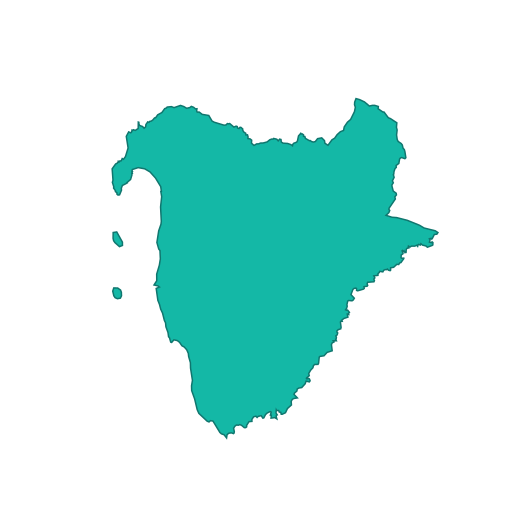 Kinondoni, Dar-Es-Salaam, United Republic of Tanzania (orthographic projection), rotated 199°
{"feature_id": "72390352B66429416458525", "entity_name": "Kinondoni", "entity_type": "district", "adm_level": 2, "iso_a3": "TZA", "parent_name": "United Republic of Tanzania", "parent_adm1": "Dar-Es-Salaam", "projection": "orthographic", "projection_center": [39.159, -6.719], "detail": "fine", "context": "isolated", "style": "filled", "palette": "teal", "viewbox_px": 512, "rotation_deg": 199, "n_neighbors": 0, "source": "geoboundaries", "source_scale": "gbopen_adm2", "svg_char_len": 6127}
<svg xmlns="http://www.w3.org/2000/svg" viewBox="0 0 512 512"><g transform="rotate(199 256 256)"><path d="M410.9,344.3L408.9,338.2L411.1,335.4L412.9,335.5L413.4,334.7L414.2,334.8L414.0,332.8L414.5,331.7L416.8,331.9L417.6,326.9L412.1,316.5L411.8,307.5L412.8,304.3L414.2,304.6L414.4,302.2L416.7,300.9L415.9,300.6L416.1,300.1L417.2,299.6L417.5,298.5L418.7,297.3L420.4,291.6L415.9,281.1L415.8,278.9L412.9,275.0L412.8,273.9L410.1,271.9L409.9,271.1L408.2,270.6L407.5,269.1L406.3,268.7L404.9,269.4L404.6,274.4L405.4,276.3L405.3,279.2L402.3,282.3L402.1,283.1L401.5,283.3L401.7,283.8L399.5,287.5L399.7,292.3L400.3,293.3L399.8,293.8L400.3,294.2L400.3,295.5L400.8,295.4L401.1,297.5L396.2,301.2L389.6,302.2L383.6,301.0L376.4,297.0L368.7,290.6L366.5,286.3L367.0,286.0L364.5,281.4L362.2,271.3L356.8,257.9L356.2,255.1L356.2,248.1L354.1,236.5L350.2,230.9L348.6,229.9L345.5,222.1L344.4,215.8L344.0,206.5L341.8,200.3L343.0,195.4L339.0,195.8L337.2,195.2L339.8,192.8L334.4,182.2L331.5,178.8L328.8,174.7L325.8,171.6L321.7,165.3L319.8,163.4L318.1,159.7L314.3,155.0L312.4,151.2L311.1,150.4L308.6,146.8L307.6,146.8L306.3,150.0L302.8,150.4L300.2,149.5L296.8,147.0L294.3,146.6L291.0,144.8L288.3,141.9L287.0,139.1L283.3,133.8L281.4,128.7L275.6,117.7L274.7,112.3L273.0,107.8L267.5,100.9L261.6,91.6L258.8,88.6L248.4,83.9L246.4,83.8L245.4,85.5L242.9,85.9L232.7,77.4L230.8,76.6L228.0,76.6L224.6,74.4L225.2,77.7L224.0,79.6L221.6,80.8L219.5,80.7L219.1,81.4L219.3,82.8L221.1,85.9L220.6,88.1L219.5,89.8L217.5,90.3L216.4,91.3L214.5,91.2L211.2,89.9L209.9,90.3L209.2,91.4L209.7,92.8L208.7,97.1L206.0,98.3L206.7,100.1L205.9,103.2L203.9,104.5L202.4,103.7L201.7,105.1L199.1,106.7L196.7,104.9L195.9,105.5L195.4,109.1L194.3,111.2L192.0,113.5L190.8,113.3L190.6,110.2L189.7,110.4L189.0,107.6L185.6,109.3L183.3,108.8L184.6,110.7L184.9,112.0L184.2,112.7L186.0,114.1L186.7,117.0L186.3,116.6L184.2,117.3L183.2,116.0L181.7,116.3L180.7,114.6L179.7,114.9L177.1,117.4L176.6,122.0L174.0,126.7L175.4,130.0L175.0,132.3L173.8,133.6L170.7,135.3L175.0,137.5L175.0,138.9L173.4,141.6L173.7,143.7L172.5,145.1L169.9,146.5L167.9,151.2L167.9,154.0L164.6,154.3L164.3,155.1L164.3,155.8L165.5,157.2L166.7,157.3L167.8,156.4L168.4,156.5L168.5,157.2L166.7,160.2L167.9,162.0L167.2,165.7L165.8,168.9L166.0,170.9L165.3,172.5L162.1,173.7L161.9,175.0L163.3,181.0L162.8,181.9L159.2,183.8L157.4,188.0L153.1,191.2L155.8,196.7L155.7,198.6L154.3,200.1L155.4,201.0L152.4,202.0L153.6,203.2L153.2,203.5L153.5,205.3L154.5,206.4L153.6,207.8L153.7,209.9L154.7,210.4L155.1,211.4L154.3,213.1L151.7,215.1L152.2,214.8L152.3,216.2L154.7,221.1L154.6,221.8L153.2,222.3L154.0,223.2L152.6,225.5L149.2,228.1L150.7,230.7L149.3,230.9L149.9,231.7L149.3,233.1L151.8,234.7L152.6,234.2L153.8,234.3L153.3,236.0L153.4,238.2L154.2,239.6L154.6,243.2L153.9,244.1L150.6,244.9L149.7,246.1L149.3,248.1L153.6,250.4L153.5,255.9L152.7,257.3L151.0,258.2L150.2,257.7L149.7,256.2L148.5,256.2L143.7,259.6L143.1,260.5L143.9,262.2L141.1,263.6L140.8,264.5L141.9,265.9L141.9,267.5L136.1,270.0L136.0,271.3L137.1,272.5L136.5,274.0L138.1,275.6L134.4,277.4L134.9,279.1L134.1,280.5L134.1,281.7L130.9,282.3L130.6,284.0L129.6,285.1L127.9,285.7L127.6,286.4L126.0,285.7L124.4,285.8L124.1,286.4L124.9,288.7L122.2,290.1L120.1,294.0L118.3,294.4L117.9,296.2L116.8,297.0L115.4,301.7L115.6,302.1L117.6,301.3L118.3,301.6L119.0,304.3L117.8,305.9L117.9,306.6L119.6,308.4L119.3,308.9L118.3,308.3L117.8,309.2L117.0,308.3L116.1,308.7L116.1,307.8L115.3,308.2L116.1,311.3L115.7,312.4L114.3,313.3L114.9,313.7L115.1,315.0L113.3,314.6L112.3,315.9L109.1,317.0L107.5,318.5L106.3,317.8L106.4,319.5L105.9,320.0L104.3,319.8L104.1,321.3L102.3,320.5L98.6,320.8L96.8,320.1L92.9,323.3L92.4,324.0L93.1,326.3L94.1,326.7L94.2,325.8L96.5,325.5L96.7,327.9L97.7,328.7L96.9,329.4L95.5,329.2L95.5,329.9L95.0,329.9L94.4,334.4L92.1,335.5L91.6,337.4L94.7,338.2L106.2,337.2L111.4,338.3L124.6,339.0L135.6,338.1L140.1,336.9L146.3,336.8L144.5,340.3L144.4,342.6L145.6,343.4L145.7,344.7L142.8,355.3L144.0,357.1L143.1,359.5L143.9,361.0L147.4,362.1L150.3,366.5L150.6,367.7L150.0,369.9L151.5,371.5L151.0,375.3L152.5,377.5L152.8,377.2L152.4,378.3L153.0,380.6L153.0,384.0L152.2,385.4L153.0,387.2L151.1,390.0L151.8,394.5L151.4,395.6L150.4,396.5L146.9,396.5L146.3,397.7L149.1,403.0L150.3,404.8L152.2,406.0L153.8,408.6L155.3,409.6L158.9,410.6L160.4,412.1L162.5,416.2L163.6,421.1L165.1,423.4L166.2,427.8L173.6,429.7L175.9,429.8L181.8,433.8L183.1,433.5L188.5,435.0L189.0,437.2L192.7,437.1L194.9,436.4L197.6,434.7L203.6,437.0L208.9,437.6L212.7,437.4L212.8,433.6L212.1,431.1L210.5,429.0L209.9,424.5L211.0,415.9L213.1,412.3L214.6,406.8L214.1,403.2L216.7,401.0L218.8,397.2L220.0,393.0L222.0,390.6L224.0,384.1L227.6,385.1L228.8,387.4L232.3,389.1L236.0,387.0L237.2,383.5L238.9,382.4L240.5,382.3L242.5,382.8L243.0,382.4L247.6,383.3L248.7,384.9L250.0,384.6L250.5,386.0L252.0,386.5L253.0,386.1L253.6,386.6L254.9,383.4L254.3,378.4L254.6,376.9L257.1,374.8L257.6,373.4L257.4,372.1L259.3,372.7L262.8,372.7L267.2,371.5L269.2,372.0L270.3,374.3L271.7,374.2L272.5,372.1L274.4,373.2L277.6,372.9L278.0,372.0L279.2,371.7L280.8,370.4L282.6,367.5L286.0,365.2L288.6,364.2L290.0,362.9L291.9,362.2L293.9,359.9L297.0,361.2L297.8,364.1L299.7,364.8L301.9,364.4L302.3,366.1L303.5,367.8L305.0,367.2L305.7,368.7L308.0,369.3L309.6,370.7L309.9,371.8L312.1,372.7L313.0,372.5L313.6,371.0L315.1,371.0L315.9,372.3L317.1,372.3L318.9,370.7L324.0,372.7L325.0,372.0L326.2,371.9L327.0,370.2L328.7,369.3L339.0,368.9L341.5,369.3L346.4,373.5L353.0,372.4L356.5,373.6L358.4,372.9L359.3,373.7L359.8,376.0L361.1,375.4L363.4,376.3L365.9,376.4L366.8,374.9L369.6,373.1L372.9,373.8L376.4,373.8L381.8,369.6L384.6,369.7L388.5,367.9L388.8,366.9L390.3,365.6L391.7,361.0L394.9,357.5L395.9,354.1L396.9,353.5L397.8,351.1L398.9,349.5L400.3,348.7L400.7,347.5L402.0,347.6L402.9,344.5L402.4,342.2L403.4,340.4L405.4,341.5L408.4,341.5L409.6,342.6L410.3,344.3L410.9,344.3ZM398.7,231.7L396.9,226.2L395.6,224.1L393.7,222.7L388.1,220.4L385.7,222.5L386.8,225.6L395.5,233.4L398.7,231.7ZM380.1,179.5L380.0,176.1L377.5,172.1L375.6,170.7L373.1,170.5L370.5,172.0L370.2,174.6L371.5,177.9L373.0,179.7L376.3,180.7L380.1,179.5Z" fill="#14b8a6" stroke="#0f766e" stroke-width="1.5"/></g></svg>